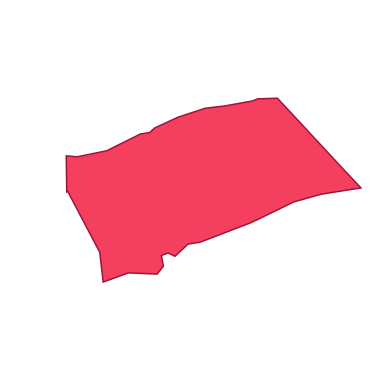 the district of Fulton, Pennsylvania, United States of America, rotated 227°
{"feature_id": "52423323B39078758383131", "entity_name": "Fulton", "entity_type": "district", "adm_level": 2, "iso_a3": "USA", "parent_name": "United States of America", "parent_adm1": "Pennsylvania", "projection": "equal_earth", "projection_center": [-78.158, 39.944], "detail": "fine", "context": "isolated", "style": "filled", "palette": "rose", "viewbox_px": 384, "rotation_deg": 227, "n_neighbors": 0, "source": "geoboundaries", "source_scale": "gbopen_adm2", "svg_char_len": 641}
<svg xmlns="http://www.w3.org/2000/svg" viewBox="0 0 384 384"><g transform="rotate(227 192 192)"><path d="M96.2,318.3L96.3,318.3L97.2,318.3L97.6,318.3L98.7,318.3L101.5,318.2L128.3,318.3L139.6,318.3L140.8,318.3L156.4,318.3L157.1,318.4L202.4,318.4L215.3,303.6L217.4,298.3L233.0,274.1L244.2,258.9L256.2,233.0L264.3,208.4L264.4,201.5L269.7,193.7L280.3,157.8L296.0,132.1L304.2,124.7L277.6,100.5L277.5,101.6L210.8,83.4L186.7,65.6L176.3,90.2L155.7,110.6L157.3,120.5L166.5,126.3L163.7,132.9L156.6,135.7L156.6,153.5L149.8,163.6L129.1,214.9L115.4,259.5L102.4,284.8L79.8,318.3L96.2,318.3Z" fill="#f43f5e" stroke="#9f1239" stroke-width="1.5"/></g></svg>